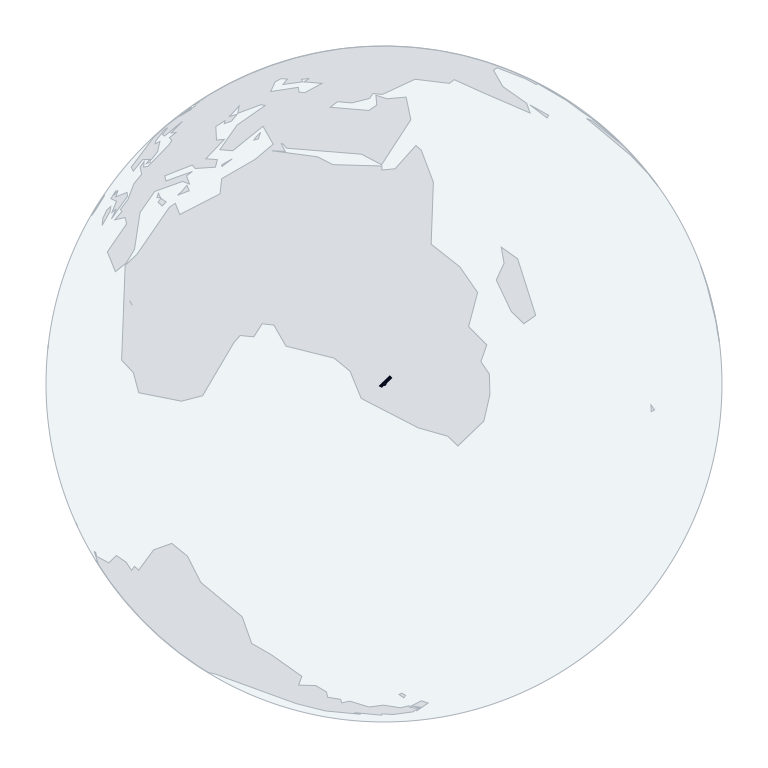 Ohangwena highlighted on a globe, orthographic projection, rotated 316°
{"feature_id": "NAM-3352", "entity_name": "Ohangwena", "entity_type": "Region", "adm_level": 1, "iso_a3": "NAM", "parent_name": "Namibia", "parent_adm1": "", "projection": "orthographic", "projection_center": [16.315, -17.652], "detail": "fine", "context": "on_globe", "style": "filled", "palette": "ink", "viewbox_px": 768, "rotation_deg": 316, "n_neighbors": 0, "source": "natural_earth", "source_scale": "10m", "svg_char_len": 4837}
<svg xmlns="http://www.w3.org/2000/svg" viewBox="0 0 768 768"><g transform="rotate(316 384 384)"><circle cx="384" cy="384" r="338" fill="#eef3f6" stroke="#a8b0b8"/><path d="M54.3,310.1L53.3,315.4L59.0,303.5L57.6,308.6L61.8,321.5L72.3,321.5L74.7,333.1L72.9,342.7L77.9,341.9L78.1,347.5L103.2,343.3L120.6,351.2L123.0,371.3L114.4,399.5L120.3,452.9L108.6,478.7L114.9,500.8L121.8,537.2L113.4,541.3L125.4,553.5L128.7,565.5L125.9,570.2L133.7,580.7L132.1,584.0L139.1,588.4L148.8,605.9L160.5,614.6L170.8,628.2L178.5,632.9L177.9,634.1L180.4,637.8L184.8,641.1L177.2,640.0L161.0,628.1L153.3,619.8L152.2,620.6L134.4,599.8L137.8,605.4L114.7,578.4L99.0,553.2L66.6,486.9L61.7,476.3L57.3,469.5L54.4,458.5L49.8,434.0L47.0,409.2L46.1,384.3L47.0,359.4L49.7,334.6L54.3,310.1ZM194.0,644.1L179.9,641.7L185.9,642.1L179.7,634.5L190.9,637.9L194.0,644.1ZM180.2,623.5L179.2,617.8L181.9,618.7L183.3,622.9L180.2,623.5ZM714.1,311.9L710.8,298.5L715.0,319.8L719.8,347.0L721.6,373.0L720.3,359.7L717.8,336.7L715.6,326.2L712.3,306.9L703.2,274.6L701.5,274.3L698.0,263.1L685.1,235.1L680.7,234.4L676.1,252.6L681.6,281.2L677.3,290.5L657.1,242.0L645.9,213.8L639.9,213.2L618.0,186.3L584.0,174.6L578.0,167.4L571.9,168.5L556.2,159.5L546.6,148.6L537.6,147.6L563.1,176.7L572.6,178.4L578.8,170.6L584.2,180.8L599.2,193.0L586.9,212.5L534.6,224.6L527.5,203.1L477.7,146.7L478.1,141.5L477.8,140.9L477.1,139.8L474.5,148.1L465.3,138.3L494.0,174.4L499.6,190.7L533.9,225.7L531.1,228.6L541.5,236.9L572.6,234.6L573.2,241.8L559.7,273.1L515.0,316.2L519.9,352.3L514.9,383.2L484.7,401.5L485.1,427.3L469.2,435.2L466.7,450.0L452.7,465.3L430.1,480.0L394.1,479.9L393.6,465.9L378.2,439.4L357.6,378.6L368.5,351.1L366.1,330.8L339.8,288.7L345.7,265.1L338.2,256.0L323.1,259.6L314.2,249.2L304.9,249.9L245.4,266.4L226.4,255.7L201.5,219.9L211.6,201.7L211.9,184.5L280.2,118.9L296.4,119.1L352.2,107.8L359.4,109.1L354.8,120.2L398.1,133.3L409.9,123.6L447.3,132.9L470.9,134.5L476.0,114.5L437.2,111.1L428.7,101.4L458.2,95.7L491.9,101.1L489.6,97.6L466.8,87.7L472.9,83.4L458.7,84.2L465.6,87.9L456.9,89.0L450.0,85.8L452.5,84.1L441.9,81.9L433.0,92.2L439.1,97.1L412.3,98.2L420.0,106.9L413.3,110.9L397.9,97.8L398.2,93.3L370.9,82.0L368.2,86.5L393.8,98.0L386.5,97.1L383.0,105.1L379.9,98.4L352.8,86.2L327.6,91.2L298.2,113.7L282.9,117.9L268.8,116.6L276.8,96.8L310.1,90.0L313.4,84.4L304.4,78.9L315.3,77.9L315.7,75.3L328.0,73.4L343.2,66.2L355.4,64.8L359.2,58.5L366.0,57.3L361.8,61.0L365.4,63.5L395.5,62.6L400.7,61.3L400.7,57.7L409.0,58.6L405.2,55.4L421.4,55.1L398.4,53.2L397.9,50.6L406.5,49.3L402.1,48.5L388.1,50.8L386.3,52.3L391.3,53.8L382.6,59.6L372.7,60.9L366.2,54.9L351.5,56.7L352.8,52.5L389.8,46.5L406.4,46.9L438.2,50.9L435.6,51.2L422.9,49.5L436.6,52.7L434.6,51.6L441.4,52.8L442.7,51.9L447.6,52.8L440.3,50.9L446.5,52.0L451.0,53.2L456.9,54.0L480.1,60.0L502.9,67.7L525.1,77.0L546.6,87.8L567.2,100.1L587.0,113.8L605.7,128.9L623.2,145.3L639.6,163.0L654.7,181.7L668.4,201.4L680.6,222.1L691.4,243.6L700.6,265.8L708.2,288.6L714.1,311.9ZM259.0,147.3L257.6,152.2L257.6,152.3L259.0,147.3ZM529.4,119.4L548.3,124.7L536.3,111.1L542.6,112.3L536.3,107.6L535.4,110.1L519.4,98.4L526.2,97.5L522.2,92.9L515.7,91.0L505.6,94.9L528.5,111.1L525.6,114.9L529.4,119.4ZM59.3,302.9L59.5,305.2L58.3,307.1L59.3,302.9ZM65.7,270.6L66.2,269.6L64.6,273.7L65.7,270.6ZM169.8,122.6L166.9,125.1L168.2,123.9L169.8,122.6ZM305.8,66.2L310.7,66.6L306.9,69.5L291.5,74.1L296.7,69.6L305.8,66.2ZM318.5,66.7L316.3,60.9L325.8,58.7L320.8,60.7L327.4,59.8L321.1,63.1L332.3,67.7L329.8,70.8L302.6,75.9L312.9,72.1L307.5,71.6L318.5,66.7ZM293.9,58.8L293.1,58.6L314.8,53.6L313.1,54.5L297.6,58.4L290.5,59.8L293.9,58.8ZM366.6,104.8L372.0,105.0L380.3,104.2L378.2,109.7L366.6,104.8ZM347.8,96.3L352.6,95.4L353.7,101.7L348.1,101.9L347.8,96.3ZM354.2,90.0L352.7,94.8L350.2,92.3L354.2,90.0ZM366.1,60.4L371.0,59.7L371.9,60.5L369.6,62.0L366.1,60.4ZM470.0,117.2L463.8,120.4L459.9,118.2L462.9,117.5L470.0,117.2ZM419.3,113.6L431.3,116.6L418.6,115.0L419.3,113.6ZM561.5,584.5L560.7,590.6L557.0,589.5L561.5,584.5ZM567.1,386.8L540.8,440.0L526.5,437.8L525.9,420.3L537.0,387.2L554.3,380.5L563.4,367.0L567.1,386.8ZM718.5,432.2L718.6,431.0L719.5,420.7L720.1,416.6L719.8,422.1L718.5,432.2ZM720.1,415.9L720.3,391.0L714.2,333.7L716.5,338.9L721.6,379.0L721.5,382.9L721.4,400.8L720.1,415.9ZM682.8,284.5L689.1,305.1L686.2,305.9L682.8,284.5ZM654.5,586.6L654.8,586.0L660.3,577.8L666.0,569.9L685.1,537.0L684.1,539.3L693.6,519.3L682.3,542.7L669.2,565.2L654.5,586.6Z" fill="#d9dde1" stroke="#a8b0b8" stroke-width="1"/><path d="M379.7,382.5L379.8,382.5L381.3,382.5L382.7,382.5L384.1,382.4L385.6,382.5L387.0,382.5L388.5,382.5L389.4,382.5L389.9,382.5L391.4,382.5L392.8,382.5L393.5,382.5L393.5,384.7L386.4,384.7L384.4,385.6L384.0,385.4L382.2,384.3L381.2,384.4L380.4,384.5L380.2,384.2L380.2,383.7L380.1,383.4L379.9,383.2L379.8,382.9L379.7,382.5L379.7,382.5Z" fill="#0f172a" stroke="#020617" stroke-width="1.5"/></g></svg>